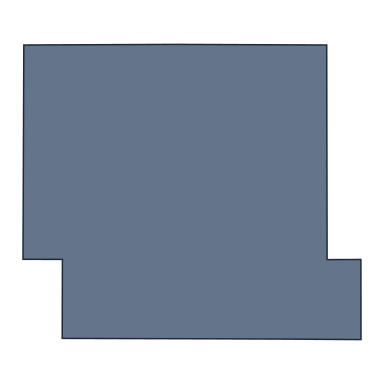 outline of Shelby, Iowa, United States of America
{"feature_id": "52423323B47496055628600", "entity_name": "Shelby", "entity_type": "district", "adm_level": 2, "iso_a3": "USA", "parent_name": "United States of America", "parent_adm1": "Iowa", "projection": "natural_earth1", "projection_center": [-95.264, 41.684], "detail": "fine", "context": "isolated", "style": "filled", "palette": "slate", "viewbox_px": 384, "rotation_deg": 0, "n_neighbors": 0, "source": "geoboundaries", "source_scale": "gbopen_adm2", "svg_char_len": 269}
<svg xmlns="http://www.w3.org/2000/svg" viewBox="0 0 384 384"><path d="M361.0,339.6L360.9,259.5L327.1,259.6L326.7,45.0L175.4,44.4L23.8,45.0L23.0,259.3L62.4,259.4L62.2,338.4L211.6,338.8L286.5,339.1L361.0,339.6Z" fill="#64748b" stroke="#1e293b" stroke-width="1.5"/></svg>